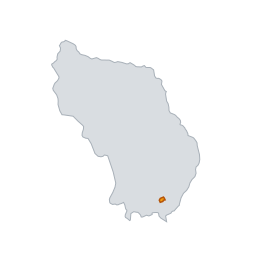 Zalaegerszeg on a map of Hungary (Albers equal-area conic projection), rotated 256°
{"feature_id": "HUN-4910", "entity_name": "Zalaegerszeg", "entity_type": "Urban county", "adm_level": 1, "iso_a3": "HUN", "parent_name": "Hungary", "parent_adm1": "", "projection": "albers", "projection_center": [16.838, 46.845], "detail": "fine", "context": "in_parent", "style": "filled", "palette": "amber", "viewbox_px": 256, "rotation_deg": 256, "n_neighbors": 0, "source": "natural_earth", "source_scale": "10m", "svg_char_len": 2734}
<svg xmlns="http://www.w3.org/2000/svg" viewBox="0 0 256 256"><g transform="rotate(256 128 128)"><path d="M205.0,69.8L207.7,69.2L207.9,69.3L208.5,69.5L209.1,71.5L210.0,72.9L210.7,74.6L211.8,75.9L214.0,76.3L217.0,77.8L219.0,80.8L221.9,81.9L222.1,81.9L222.6,81.7L224.6,81.4L225.0,82.0L226.7,83.5L227.4,84.8L227.2,86.2L227.6,87.8L228.3,88.3L227.6,89.5L222.9,95.3L221.0,96.9L219.6,97.3L217.5,96.9L215.3,97.4L213.5,98.7L211.7,99.2L210.4,100.7L208.9,103.8L206.9,106.5L204.8,108.2L203.7,109.6L203.9,114.4L202.8,115.9L201.2,117.4L200.4,118.7L198.4,126.2L196.6,128.6L194.9,130.5L194.7,132.2L194.9,134.1L193.1,138.0L190.6,142.0L190.2,143.7L190.9,145.8L188.4,148.4L187.0,149.7L185.8,150.3L185.1,151.9L184.0,155.8L184.5,157.5L184.6,159.0L182.4,160.1L181.9,161.8L181.4,164.0L180.6,165.0L178.2,166.9L172.0,166.4L169.7,167.2L169.0,168.5L168.9,169.5L168.2,170.5L166.9,171.7L165.4,172.3L162.1,171.0L155.3,172.8L154.1,174.0L153.1,173.2L151.6,172.6L144.7,172.0L141.9,172.8L138.3,172.7L134.9,172.0L132.4,172.7L130.2,175.8L129.2,176.9L128.3,177.5L126.4,178.5L124.9,179.7L122.8,180.6L120.8,180.5L119.0,179.3L118.4,179.6L117.8,180.8L116.9,181.8L114.2,183.2L113.5,183.2L113.4,183.2L111.3,184.1L107.9,184.7L106.2,184.4L103.2,188.6L102.3,189.4L99.3,190.7L96.9,191.4L94.8,191.0L94.0,190.9L84.8,190.9L80.0,190.0L76.8,188.5L74.8,186.7L73.8,184.7L71.4,183.5L67.6,183.1L64.6,181.1L62.5,177.6L59.7,174.8L56.1,172.7L53.3,169.8L51.2,166.0L47.4,162.6L42.0,159.6L40.4,158.9L40.1,158.0L37.5,154.2L36.4,152.8L36.5,151.0L35.9,149.9L35.0,149.1L34.5,146.5L34.2,144.5L33.5,143.2L27.7,142.8L32.6,138.1L35.0,136.8L37.7,137.0L38.6,136.6L38.9,135.9L39.3,134.4L39.6,132.9L39.8,131.5L39.5,130.7L38.2,130.5L37.6,127.0L38.3,125.8L38.9,124.9L38.1,120.7L38.4,119.3L40.5,119.1L42.3,118.2L43.8,117.2L44.2,115.9L45.4,113.3L44.3,110.1L38.1,108.0L37.8,107.2L39.2,106.3L40.8,105.0L41.7,104.0L42.8,103.8L44.5,104.4L47.5,106.7L48.6,107.0L49.7,106.3L50.9,106.2L54.2,106.3L56.9,105.7L56.3,103.3L56.3,101.5L55.9,100.0L56.1,98.5L57.3,97.2L57.6,94.5L59.3,92.6L60.1,92.3L63.1,92.6L63.8,93.1L64.3,93.2L69.2,97.7L73.8,101.1L77.5,102.8L83.1,102.9L88.9,103.0L98.7,102.2L106.0,101.6L106.5,100.7L107.5,98.6L106.6,96.9L106.6,94.8L107.8,92.1L111.3,89.8L121.6,88.5L127.5,86.7L128.4,84.4L130.2,82.1L132.0,81.6L134.5,82.5L137.5,84.4L140.2,85.3L141.7,84.6L146.8,81.1L152.7,77.6L156.4,68.6L156.8,67.2L161.2,66.0L167.7,65.8L171.1,66.8L173.6,67.2L177.4,66.8L182.7,64.6L184.7,64.6L186.4,65.8L188.1,66.9L189.4,68.2L190.4,70.1L190.9,70.9L191.7,71.8L193.2,73.1L194.5,73.4L204.4,70.3L205.0,69.8Z" fill="#d9dde1" stroke="#a8b0b8" stroke-width="1"/><path d="M50.4,140.9L51.9,142.3L52.4,145.7L51.3,146.2L49.3,146.6L49.3,144.8L48.3,144.1L48.1,141.3L50.4,140.9Z" fill="#f59e0b" stroke="#b45309" stroke-width="1.5"/></g></svg>